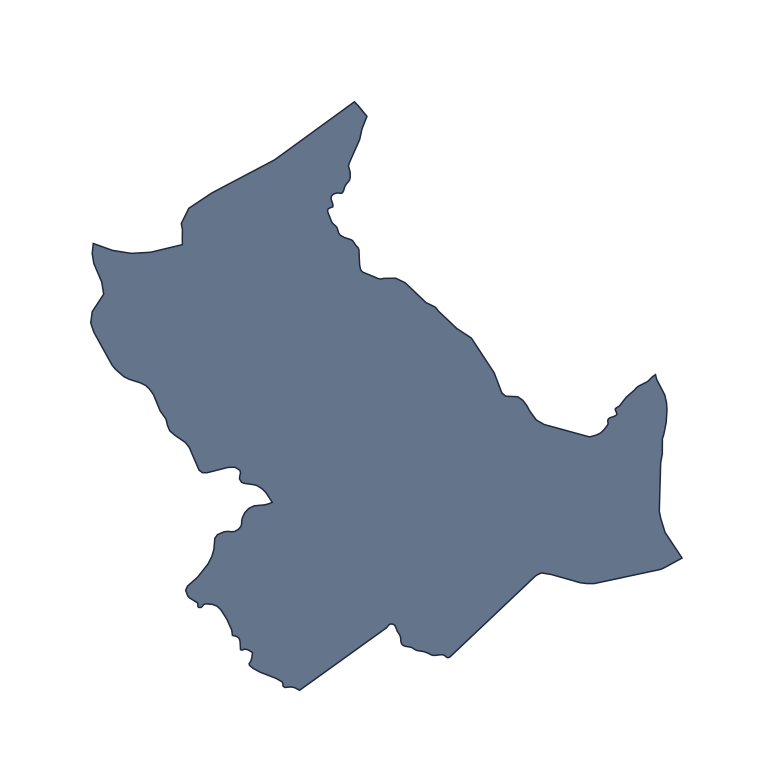 the Prefecture of Logone Oriental, rotated 76°
{"feature_id": "TCD-1485", "entity_name": "Logone Oriental", "entity_type": "Prefecture", "adm_level": 1, "iso_a3": "TCD", "parent_name": "Chad", "parent_adm1": "", "projection": "natural_earth1", "projection_center": [16.421, 8.298], "detail": "fine", "context": "isolated", "style": "filled", "palette": "slate", "viewbox_px": 768, "rotation_deg": 76, "n_neighbors": 0, "source": "natural_earth", "source_scale": "10m", "svg_char_len": 3398}
<svg xmlns="http://www.w3.org/2000/svg" viewBox="0 0 768 768"><g transform="rotate(76 384 384)"><path d="M660.8,540.0L657.1,544.1L655.4,547.7L654.5,553.6L652.7,555.1L650.5,554.6L648.3,555.0L643.3,560.3L633.7,573.9L628.4,579.7L624.4,582.6L622.6,582.5L621.2,580.7L618.1,578.7L612.7,576.6L608.9,580.4L607.6,583.3L607.9,586.1L607.1,587.5L598.6,585.9L595.6,586.2L593.3,588.1L591.3,591.9L586.0,591.3L574.1,593.4L563.4,597.0L559.2,599.7L556.3,603.8L554.2,610.2L554.4,612.4L555.6,613.8L556.6,615.4L556.0,617.9L555.0,618.4L552.1,617.9L551.3,617.9L545.3,623.7L544.7,624.3L542.7,625.6L536.3,626.4L532.5,623.5L526.5,611.8L516.3,598.6L509.9,592.9L503.4,589.1L492.8,585.5L489.9,582.0L488.7,575.0L489.2,571.1L490.4,567.9L491.0,564.5L489.6,560.1L487.4,557.2L485.0,555.9L482.3,555.2L479.5,553.8L475.0,550.0L472.0,545.2L470.8,539.3L472.3,529.6L472.4,526.6L472.2,523.7L471.8,521.1L460.9,524.8L456.1,527.7L451.7,532.0L450.0,535.2L446.6,543.6L444.9,546.0L441.1,547.2L438.3,546.2L435.8,544.8L432.9,544.7L428.7,548.7L427.2,555.5L427.3,577.2L426.1,581.7L422.8,584.3L398.5,588.3L392.7,590.9L383.2,599.3L377.6,603.2L371.7,604.1L365.4,604.0L356.0,607.7L338.5,610.3L332.3,612.7L327.8,615.6L323.9,620.2L317.8,630.1L313.8,634.7L304.8,641.0L299.9,643.3L263.6,653.0L253.8,653.8L243.2,649.6L229.1,634.3L217.0,633.2L196.9,636.4L186.9,635.6L177.3,632.1L188.6,615.2L196.1,597.7L199.7,578.6L200.0,545.9L193.9,544.5L185.2,542.2L179.3,541.9L166.3,530.9L156.9,504.6L140.0,435.9L103.0,344.4L107.7,341.7L120.2,335.8L131.1,343.6L141.0,348.5L160.6,363.8L163.8,365.7L170.4,365.6L175.4,366.8L177.7,368.0L179.3,369.8L180.6,371.9L183.1,374.4L186.6,376.4L188.3,377.9L188.7,379.4L187.6,382.2L187.3,384.2L187.4,386.4L188.2,388.6L189.4,389.8L191.0,390.4L192.8,390.5L196.5,390.2L198.7,390.3L199.8,391.0L200.1,394.1L200.8,396.0L202.2,396.8L203.8,396.9L214.2,395.5L215.3,395.1L216.5,394.4L218.8,392.8L220.1,392.1L221.6,391.7L226.7,391.4L228.1,390.9L229.3,390.2L232.3,387.0L235.5,381.8L236.4,380.6L237.5,379.7L243.1,377.6L245.6,376.1L248.0,375.9L262.8,378.9L267.2,379.0L269.2,378.3L270.5,377.3L280.2,364.2L281.3,362.1L281.5,360.1L281.4,358.8L284.2,347.0L291.0,338.9L315.1,323.6L321.7,315.8L323.7,314.7L326.5,313.5L347.8,299.9L360.6,288.1L399.8,274.4L421.2,271.8L425.3,268.8L428.7,257.3L433.5,253.2L439.6,250.6L445.6,249.1L455.8,244.9L462.1,238.3L485.1,197.3L484.9,190.4L483.9,185.6L481.6,181.6L477.6,176.7L476.5,176.1L475.0,176.0L473.4,175.7L472.0,174.5L471.4,172.7L471.0,167.9L470.1,165.6L468.9,165.2L465.3,165.8L464.1,165.6L463.4,164.5L462.5,161.4L461.6,160.0L455.5,152.3L450.3,142.1L449.4,141.0L448.5,139.5L447.5,137.0L445.6,128.4L444.8,126.5L441.9,121.8L440.6,118.3L445.4,118.3L462.7,114.2L470.4,114.4L477.3,115.6L489.6,119.5L500.6,124.7L504.4,127.1L519.0,130.8L527.4,134.6L573.8,147.6L581.0,148.0L595.9,147.2L625.0,136.9L630.3,157.4L630.8,160.5L628.5,228.5L626.6,235.8L624.3,241.7L609.4,267.6L605.4,276.9L606.1,280.9L607.0,283.6L665.0,386.4L665.0,388.3L664.2,389.5L663.0,390.2L661.9,391.1L661.0,392.4L660.5,394.0L659.7,400.0L659.3,401.7L658.6,403.1L657.7,404.4L656.7,405.4L654.9,407.7L653.2,410.3L650.7,416.2L649.8,417.5L646.7,420.5L645.9,421.7L643.9,426.2L643.2,427.6L642.2,428.7L641.1,429.5L639.6,429.9L637.9,429.9L634.6,429.3L632.8,429.3L631.2,429.5L626.9,431.0L621.9,431.6L620.3,432.3L619.2,433.5L618.4,435.6L618.7,437.1L619.5,438.4L620.4,439.5L621.3,440.9L660.7,539.9L660.8,540.0Z" fill="#64748b" stroke="#1e293b" stroke-width="1.5"/></g></svg>